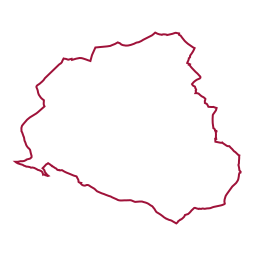 outline of Silivasu De Campie, Bistrita-Nasaud, Romania
{"feature_id": "2599482B45748047003023", "entity_name": "Silivasu De Campie", "entity_type": "district", "adm_level": 2, "iso_a3": "ROU", "parent_name": "Romania", "parent_adm1": "Bistrita-Nasaud", "projection": "natural_earth1", "projection_center": [24.285, 46.784], "detail": "fine", "context": "isolated", "style": "outline", "palette": "rose", "viewbox_px": 256, "rotation_deg": 0, "n_neighbors": 0, "source": "geoboundaries", "source_scale": "gbopen_adm2", "svg_char_len": 5749}
<svg xmlns="http://www.w3.org/2000/svg" viewBox="0 0 256 256"><path d="M211.0,207.9L212.5,207.3L213.8,206.9L218.6,205.9L220.9,205.4L222.3,205.0L223.3,204.6L224.2,204.2L224.8,203.7L224.5,202.2L224.4,201.4L224.5,200.5L224.6,199.5L224.9,198.5L225.6,196.1L226.3,194.9L227.4,193.3L232.3,186.5L234.5,184.5L236.1,183.0L237.2,181.4L237.9,180.2L238.3,179.1L238.8,176.4L239.0,174.4L239.4,173.1L240.5,172.6L240.6,171.7L239.6,170.6L239.4,170.3L239.1,168.0L239.0,167.2L238.8,166.6L238.6,165.3L238.4,165.0L238.5,164.7L238.9,163.5L239.0,160.7L239.2,158.3L239.2,157.7L239.2,156.7L239.2,155.6L239.3,155.4L238.4,155.0L237.9,154.6L237.4,154.0L237.0,153.7L236.0,152.7L235.0,151.8L234.5,151.6L233.8,151.0L232.7,149.7L232.1,149.0L230.8,147.8L229.8,146.7L229.4,146.2L228.5,146.2L227.5,146.1L226.6,145.7L225.6,145.0L224.4,144.2L222.8,143.1L222.2,142.5L221.8,142.8L220.3,142.7L215.4,141.7L215.2,138.8L216.2,138.9L215.9,136.5L216.0,134.5L215.8,132.4L216.0,132.1L216.4,131.8L216.5,131.6L216.5,131.3L216.4,130.9L215.3,130.8L215.0,130.7L215.0,130.1L214.9,129.6L214.7,129.2L213.9,128.4L213.4,128.2L212.7,123.0L212.6,118.9L212.8,115.1L213.1,114.4L215.3,111.3L216.0,110.2L216.6,108.0L214.9,107.5L213.4,106.9L212.7,107.0L211.3,107.0L208.4,106.8L207.3,104.6L206.7,103.8L205.9,103.5L204.9,103.0L204.9,102.1L204.8,101.0L205.2,99.9L205.4,98.9L204.3,97.8L203.3,97.1L201.7,96.3L200.2,95.1L198.7,93.7L197.6,93.3L196.4,93.1L195.5,93.1L196.0,92.1L195.9,91.5L195.7,91.1L195.7,90.6L195.9,90.4L196.1,90.1L196.2,89.8L196.0,89.2L195.6,88.7L195.4,88.4L195.4,88.2L195.3,87.7L194.9,86.6L193.9,86.1L192.9,85.5L192.4,84.8L192.0,84.1L193.6,82.2L195.0,81.0L196.7,79.8L199.2,78.7L199.7,78.5L199.9,78.2L200.4,77.7L200.4,76.9L199.9,76.1L199.4,75.7L199.1,75.4L198.8,75.0L197.3,73.4L195.6,71.9L193.4,69.6L191.6,67.7L190.6,66.5L190.3,66.1L189.9,65.4L189.7,65.2L189.3,65.0L189.6,64.8L189.8,64.6L190.0,64.3L187.2,63.0L187.4,62.5L187.8,61.5L188.1,61.0L188.5,60.0L188.8,59.0L188.8,58.3L189.7,57.6L190.1,57.0L190.1,56.7L190.0,56.1L190.2,55.5L191.6,53.6L192.9,51.6L193.9,49.7L194.6,48.1L193.1,47.4L187.9,43.8L186.4,42.5L185.6,41.8L184.6,40.8L181.9,37.4L181.3,36.5L180.5,35.5L179.1,34.9L179.0,34.7L178.9,33.9L179.1,33.4L178.9,33.3L178.0,33.3L175.8,32.8L175.2,32.9L173.9,33.3L172.5,33.8L167.2,35.0L167.1,34.8L165.8,34.5L163.8,34.3L162.3,34.5L162.2,34.7L161.7,34.8L160.5,34.5L159.6,34.4L157.7,33.8L157.0,33.5L156.1,33.0L155.2,32.6L153.3,34.3L151.9,35.4L143.2,39.8L141.3,41.0L138.7,42.2L136.9,42.5L136.0,42.8L134.0,43.8L130.8,44.9L128.1,45.5L125.8,45.6L124.1,45.3L123.3,45.2L122.2,44.9L121.7,44.6L121.3,44.5L120.3,43.6L119.7,43.3L119.6,43.1L118.8,42.9L117.8,42.4L114.9,44.0L112.1,45.1L110.3,45.9L107.0,46.4L95.4,47.5L92.0,55.1L90.4,61.0L87.9,60.2L85.8,59.4L82.7,58.4L81.4,58.1L79.6,58.0L76.1,58.7L72.0,59.9L71.7,58.8L68.2,59.7L65.9,58.9L64.3,58.7L63.6,58.5L62.8,60.0L62.4,60.8L61.8,62.3L60.8,63.4L60.4,63.6L59.1,64.5L44.9,78.2L43.6,80.1L41.9,81.8L41.4,82.2L39.7,83.7L37.3,85.3L36.7,86.0L36.4,86.8L36.5,87.4L36.8,88.1L37.4,89.5L37.7,90.5L38.1,92.7L38.8,94.7L40.8,97.6L41.9,98.7L43.0,99.6L43.7,100.0L43.9,100.5L43.7,103.4L43.8,104.8L44.5,106.4L37.9,112.2L36.4,113.4L29.9,117.4L27.1,119.7L23.4,124.0L22.0,125.8L21.4,128.0L21.5,131.3L22.1,132.3L23.6,136.6L23.8,136.9L24.1,137.9L24.4,140.0L24.7,141.1L25.3,142.3L25.8,143.8L26.1,144.7L26.5,145.6L27.4,146.9L28.0,147.7L29.0,148.5L29.7,149.4L30.1,150.0L30.8,153.2L31.2,154.6L31.6,156.0L31.5,157.3L30.2,158.5L29.4,158.8L27.4,159.3L26.4,159.6L26.0,160.1L24.0,161.0L22.7,161.2L21.1,161.2L20.5,161.2L20.1,161.3L18.8,161.6L17.6,161.8L15.4,161.8L16.0,162.3L17.7,163.3L20.4,164.2L21.6,164.5L22.8,164.9L23.8,165.6L24.5,165.8L25.2,166.1L25.9,166.4L26.3,166.6L27.9,166.7L29.4,167.0L30.1,167.2L30.9,167.7L31.3,167.7L31.6,167.6L32.1,167.5L32.8,167.6L34.2,167.9L36.4,169.0L37.9,169.9L39.1,170.2L40.8,170.9L41.6,171.4L42.2,172.0L42.6,172.9L43.1,174.7L43.6,174.4L44.1,174.5L44.6,174.7L45.3,175.2L46.5,175.5L47.8,176.0L48.4,175.8L47.2,174.9L46.2,173.6L45.5,172.8L44.8,171.8L44.5,170.8L44.5,170.4L43.1,168.6L42.6,168.2L44.2,166.6L46.3,164.3L47.4,163.8L48.1,163.2L50.1,164.5L50.9,165.2L51.9,165.7L51.9,166.1L52.5,166.5L53.1,166.6L54.9,167.9L56.1,168.5L56.5,168.8L56.9,169.4L57.2,169.7L58.2,170.1L58.7,170.0L59.0,169.9L59.3,170.0L59.5,170.3L60.0,170.4L61.5,170.2L62.1,170.2L64.4,171.6L66.7,172.7L67.5,173.0L70.7,174.3L72.8,175.2L73.8,175.6L76.5,176.4L76.7,176.6L77.0,177.4L77.6,178.5L78.0,179.2L78.4,180.1L78.5,181.3L78.5,181.7L78.6,182.0L79.4,182.5L81.1,182.9L80.7,183.5L81.9,184.7L82.4,185.1L83.7,185.5L84.2,185.6L85.1,185.6L86.4,185.1L86.8,185.0L87.9,185.0L89.1,185.5L90.7,186.6L94.0,188.5L94.9,189.2L95.6,189.9L95.9,190.2L97.1,191.3L101.7,193.3L104.1,194.1L105.5,194.7L108.7,195.9L110.7,196.5L112.1,197.3L117.1,199.5L117.4,199.8L119.0,200.3L120.8,200.5L123.4,200.4L124.4,200.3L127.3,200.3L130.1,200.2L131.0,200.3L132.1,200.7L133.7,201.4L134.8,201.8L135.3,201.9L140.0,201.5L141.6,201.5L141.9,201.5L142.9,201.8L143.1,201.9L143.8,202.1L144.2,202.2L145.7,202.6L147.0,203.1L147.7,203.4L149.0,204.2L150.1,205.0L151.4,205.8L151.9,206.0L152.6,206.6L152.9,207.0L153.5,207.8L154.3,208.7L154.6,209.2L155.8,211.2L156.5,212.1L159.0,213.6L160.7,214.7L163.1,216.5L163.6,217.0L166.2,218.7L166.6,218.7L167.3,219.2L167.6,219.2L169.1,219.9L170.4,220.2L171.2,220.5L171.7,220.7L172.3,221.1L176.3,223.4L176.8,223.0L177.4,222.5L178.1,221.5L178.2,221.2L179.0,220.7L179.7,220.1L180.2,219.7L180.4,219.8L182.0,218.8L183.1,217.8L184.2,216.7L185.0,215.0L185.5,214.9L186.2,214.6L187.9,214.1L188.4,213.8L189.6,212.7L190.9,211.3L191.3,210.7L193.0,209.1L193.6,208.5L194.0,208.1L194.6,207.9L195.1,207.9L196.9,208.5L198.8,209.0L199.1,208.7L199.7,208.7L200.8,208.9L201.4,208.9L202.0,208.6L202.8,208.5L204.4,208.8L204.9,208.8L207.1,208.4L208.0,208.4L210.0,208.2L211.0,207.9Z" fill="none" stroke="#9f1239" stroke-width="2"/></svg>